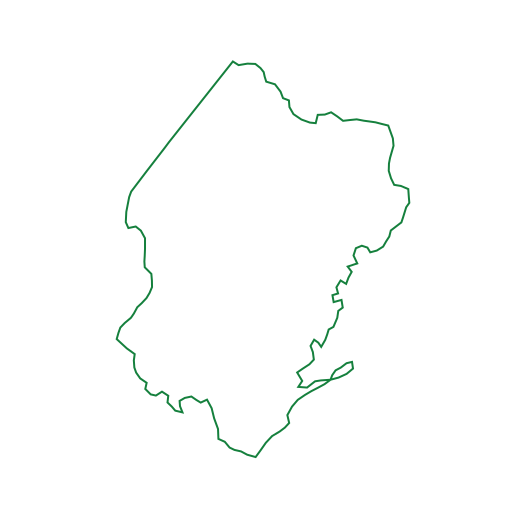 Fortim, Ceará, Brazil (orthographic projection), rotated 120°
{"feature_id": "56859067B63488334725218", "entity_name": "Fortim", "entity_type": "district", "adm_level": 2, "iso_a3": "BRA", "parent_name": "Brazil", "parent_adm1": "Ceará", "projection": "orthographic", "projection_center": [-37.861, -4.461], "detail": "fine", "context": "isolated", "style": "outline", "palette": "green", "viewbox_px": 512, "rotation_deg": 120, "n_neighbors": 0, "source": "geoboundaries", "source_scale": "gbopen_adm2", "svg_char_len": 2209}
<svg xmlns="http://www.w3.org/2000/svg" viewBox="0 0 512 512"><g transform="rotate(120 256 256)"><path d="M433.2,197.1L432.5,190.1L435.1,183.1L434.7,177.7L432.7,171.2L432.5,164.3L430.3,155.8L422.1,154.9L412.9,154.1L403.8,152.0L396.1,147.7L390.2,145.2L384.0,143.8L378.1,149.3L368.4,149.5L359.7,147.9L351.8,144.1L345.2,140.4L339.3,136.6L332.8,132.6L325.9,129.6L331.3,137.6L335.0,142.2L344.4,146.0L348.2,153.9L341.1,153.5L336.3,162.1L330.2,159.2L323.1,155.6L316.8,154.1L310.8,158.7L306.6,163.8L299.4,163.8L299.9,158.7L302.1,154.1L294.0,154.1L288.4,155.1L283.3,156.3L278.7,153.5L268.9,154.7L262.4,157.3L257.3,155.1L251.3,160.0L257.1,165.7L251.7,170.2L247.4,166.2L242.9,170.7L234.9,170.5L235.1,164.0L228.4,165.1L221.9,165.2L219.3,171.3L211.8,164.6L206.8,171.8L199.3,173.4L194.2,169.5L193.0,163.7L195.7,158.9L190.9,154.1L184.3,150.6L178.1,150.6L172.5,150.3L166.5,152.0L161.2,149.8L154.2,146.9L149.2,147.9L138.7,150.3L133.3,149.8L128.7,153.0L121.9,157.6L122.9,165.6L125.3,171.9L121.2,177.9L115.9,183.6L109.4,187.1L103.9,189.0L91.8,192.0L85.7,196.3L76.9,206.7L78.7,212.9L80.5,219.4L83.0,225.6L84.9,230.2L87.3,237.1L91.1,242.4L95.4,248.2L94.5,255.4L94.0,262.8L99.1,267.1L102.9,273.1L111.1,270.7L113.5,276.0L115.1,284.9L114.4,294.5L110.3,301.5L104.8,305.3L105.8,311.5L101.4,316.9L97.8,325.4L99.9,334.3L96.4,338.1L92.9,341.3L91.0,346.1L90.0,352.6L93.7,359.6L99.4,366.5L99.1,373.3L200.9,388.3L207.7,389.1L237.3,393.1L262.6,396.3L268.4,395.3L282.6,390.4L291.8,385.7L295.6,380.5L290.6,374.9L291.6,368.4L296.1,361.0L305.3,355.7L311.8,352.3L316.6,349.9L321.4,346.7L323.8,337.7L329.4,333.8L334.9,330.5L341.2,329.7L347.2,329.8L354.0,331.4L359.7,333.2L366.9,333.0L372.0,333.4L379.7,336.2L385.8,337.7L391.3,336.7L397.6,335.1L400.6,321.7L401.6,312.0L407.5,309.6L413.4,305.6L416.9,301.5L419.9,295.1L420.5,287.3L426.5,285.4L428.5,278.0L426.9,272.9L420.5,269.6L420.9,262.1L427.1,259.4L428.5,253.7L430.3,248.6L428.2,241.5L424.1,246.7L419.7,249.7L414.5,246.7L410.0,241.7L410.5,235.7L410.6,230.6L404.9,226.6L410.0,218.3L417.5,211.1L424.8,202.4L433.2,197.1ZM325.9,129.6L320.0,123.7L312.8,118.6L305.0,115.7L299.7,119.9L303.6,124.0L310.3,126.8L315.2,129.9L321.1,130.4L325.9,129.6Z" fill="none" stroke="#15803d" stroke-width="2"/></g></svg>